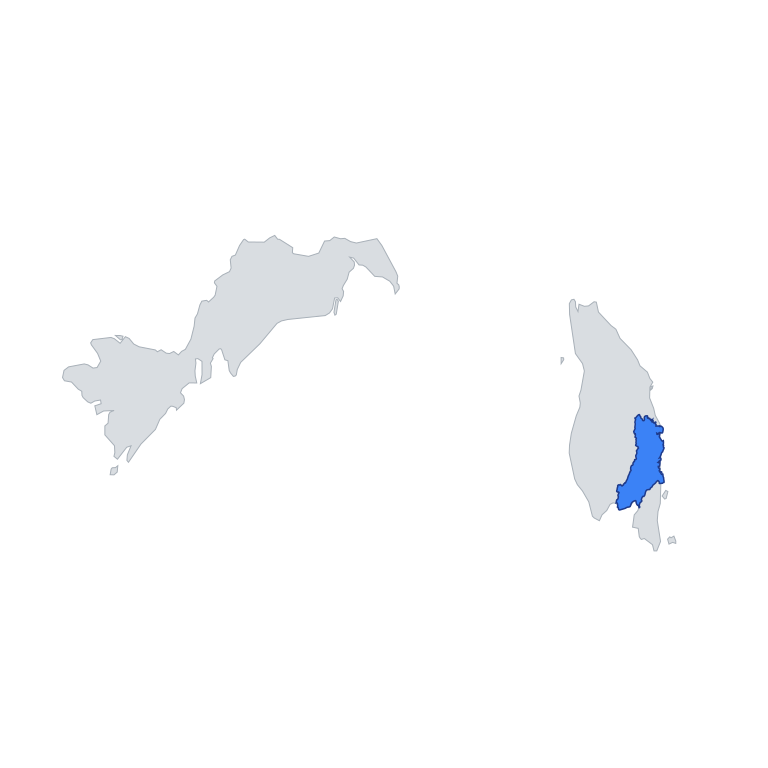 where Perak sits in Malaysia, rotated 191°
{"feature_id": "MYS-1137", "entity_name": "Perak", "entity_type": "State", "adm_level": 1, "iso_a3": "MYS", "parent_name": "Malaysia", "parent_adm1": "", "projection": "equal_earth", "projection_center": [101.191, 4.79], "detail": "fine", "context": "in_parent", "style": "filled", "palette": "blue", "viewbox_px": 768, "rotation_deg": 191, "n_neighbors": 0, "source": "natural_earth", "source_scale": "10m", "svg_char_len": 9420}
<svg xmlns="http://www.w3.org/2000/svg" viewBox="0 0 768 768"><g transform="rotate(191 384 384)"><path d="M646.9,381.1L642.9,380.1L637.3,375.5L631.5,373.8L615.0,373.8L612.6,372.4L609.3,375.1L603.6,372.7L600.3,373.0L596.6,375.8L591.4,373.3L588.9,377.4L585.6,380.1L582.1,391.2L581.4,404.5L582.1,412.7L580.5,417.2L579.8,426.5L578.6,430.6L574.0,432.3L571.9,431.0L567.7,436.7L566.7,439.0L566.6,448.0L569.8,451.0L569.8,452.9L563.0,460.4L557.1,464.8L556.2,468.6L558.6,476.6L557.6,480.3L554.5,482.2L552.2,492.4L549.4,498.9L548.4,499.6L544.3,497.5L528.6,500.4L524.0,505.7L519.6,509.0L516.0,505.8L514.2,506.1L499.6,500.4L499.0,495.4L497.5,494.6L482.4,494.9L473.0,500.1L469.6,513.0L464.6,514.4L460.9,518.8L454.3,518.3L450.3,519.5L444.0,517.4L438.0,517.1L418.7,525.3L412.5,519.5L393.7,496.5L391.1,492.5L390.5,485.4L388.4,484.1L387.6,482.3L387.3,480.2L390.2,474.5L393.2,481.9L397.9,486.0L405.9,488.8L413.6,487.9L424.1,495.4L427.6,496.6L431.2,496.1L437.8,501.8L441.9,502.0L436.5,498.1L435.6,495.0L436.1,491.7L439.6,487.1L440.1,479.9L442.7,472.9L443.3,469.6L441.3,467.1L440.9,462.7L442.4,456.7L445.9,459.8L448.9,459.0L448.9,448.0L451.1,443.3L454.7,440.0L490.7,429.0L496.6,426.4L500.6,423.1L513.5,399.8L528.8,377.9L530.8,370.2L530.7,364.7L531.6,363.4L533.3,362.7L536.7,365.5L538.5,367.7L541.7,377.1L544.8,377.4L549.8,386.4L551.0,387.5L552.5,386.9L556.4,381.1L557.5,376.9L556.6,376.3L558.4,371.4L556.8,368.3L555.3,357.2L564.3,349.3L564.4,358.4L567.0,371.5L571.6,373.4L573.9,372.6L572.6,368.6L572.1,360.9L570.8,355.8L568.0,349.3L575.5,347.9L581.3,340.9L582.1,336.5L578.4,333.9L576.9,330.6L576.8,327.0L582.7,318.7L583.4,321.1L587.1,321.8L589.0,321.6L591.5,318.2L592.8,313.4L597.3,306.6L599.7,295.8L611.1,278.7L619.9,258.4L621.8,260.0L622.4,265.5L620.5,275.1L624.5,272.8L631.3,259.3L635.3,261.5L635.1,265.2L636.8,272.0L648.3,280.8L650.0,289.6L647.4,292.9L648.4,301.4L647.6,304.0L643.9,306.5L654.1,304.0L660.0,299.1L663.7,307.4L657.9,310.7L659.2,314.2L664.7,312.1L668.1,309.2L671.4,309.9L676.7,313.2L678.3,315.2L679.3,319.2L683.2,320.6L691.1,326.3L698.3,326.2L700.8,329.0L700.7,336.3L696.9,340.6L682.1,346.5L678.2,346.3L672.7,344.1L668.8,345.4L666.4,352.4L671.0,359.4L678.7,366.6L679.8,368.4L678.3,372.0L660.9,377.6L657.3,377.0L650.8,373.6L646.9,381.1ZM82.5,282.2L84.4,272.2L87.1,271.7L89.8,277.5L99.0,282.0L101.7,280.5L103.0,281.4L104.3,282.9L106.9,290.8L112.7,290.9L113.4,303.3L110.7,308.1L110.3,311.4L114.6,317.2L117.1,315.8L119.2,310.6L128.9,305.4L132.8,311.1L136.5,311.0L139.1,309.0L141.2,302.3L145.0,297.2L146.5,290.9L152.1,292.6L154.2,294.0L160.5,307.4L168.8,316.9L175.0,322.1L178.7,327.2L189.0,351.5L190.2,359.3L190.7,371.4L189.2,389.5L187.3,398.6L187.7,402.8L190.3,409.4L189.5,415.6L189.8,435.0L193.0,441.9L201.9,450.4L215.1,487.8L217.4,498.3L216.1,502.3L213.7,503.4L211.8,501.3L210.5,496.2L207.4,492.1L207.8,499.5L202.1,498.5L198.1,499.7L193.5,504.8L191.2,504.9L187.2,495.5L172.3,484.7L166.8,482.0L161.0,473.8L148.0,464.8L139.7,456.1L136.2,450.7L127.7,445.9L124.1,440.2L120.5,437.1L122.4,431.6L120.6,421.0L114.6,411.5L111.7,404.9L106.1,398.2L101.7,390.0L104.3,387.5L100.0,378.7L98.5,372.2L98.5,360.1L93.9,343.0L90.0,319.4L90.7,311.1L89.7,302.1L82.5,282.2ZM631.6,250.7L629.7,253.0L629.1,246.6L631.7,243.3L635.5,242.7L635.6,248.4L634.8,249.9L631.6,250.7ZM73.7,281.2L76.0,285.8L74.3,288.5L72.9,287.8L70.4,290.0L67.6,285.5L67.2,283.2L70.5,283.6L73.7,281.2ZM447.2,457.6L446.2,458.1L444.6,456.6L444.2,443.4L445.3,442.2L446.8,444.8L447.2,457.6ZM89.6,327.1L87.1,333.3L84.8,332.6L85.2,325.5L86.5,324.6L89.6,327.1ZM656.9,380.4L652.4,381.2L649.3,381.1L649.7,377.6L651.2,377.1L656.9,380.4ZM215.2,443.8L212.7,443.9L212.2,442.2L214.0,437.7L215.2,443.8ZM121.2,432.6L119.6,433.4L119.8,430.7L121.0,429.1L121.2,432.6Z" fill="#d9dde1" stroke="#a8b0b8" stroke-width="1"/><path d="M110.0,311.3L110.3,311.8L110.7,312.9L110.9,313.2L111.2,313.4L111.8,313.3L112.1,313.4L112.9,314.1L113.5,315.0L114.0,316.1L114.3,317.2L114.9,317.5L115.8,317.2L117.3,315.9L117.8,315.3L118.2,314.5L118.5,313.6L118.6,312.7L119.0,310.7L120.0,310.0L121.2,309.7L122.5,308.9L123.6,307.9L128.2,305.5L128.9,305.3L129.6,305.5L130.1,306.4L130.3,306.9L130.5,307.3L130.7,307.5L131.1,307.6L131.4,307.7L131.4,308.1L131.3,308.5L131.3,308.9L131.9,310.9L132.4,311.6L133.1,311.8L133.5,311.6L133.5,311.8L133.5,314.1L133.4,314.7L132.9,315.1L132.7,315.5L132.5,315.8L132.4,316.3L132.4,317.2L132.4,317.8L132.5,318.3L132.9,318.7L133.0,318.9L133.1,319.6L133.1,320.1L132.8,321.2L132.6,322.0L132.6,322.4L132.7,322.5L133.2,322.5L133.6,322.8L134.2,322.5L134.5,322.7L134.9,322.8L135.0,322.9L135.2,323.3L135.2,323.6L135.2,324.0L135.1,324.7L135.0,325.1L135.2,326.2L135.1,326.8L135.0,328.1L135.2,328.7L135.1,328.9L135.1,329.2L135.0,329.3L134.4,329.8L134.2,329.9L133.8,329.8L133.5,329.8L133.2,329.9L132.9,330.4L132.1,330.0L131.5,329.9L131.1,329.4L130.9,329.3L130.4,329.9L129.8,330.5L129.7,330.7L129.8,331.2L129.7,331.4L129.6,331.6L128.9,332.4L128.7,333.0L128.1,333.0L127.9,333.9L127.7,334.6L127.6,335.4L127.0,336.9L126.9,338.3L126.8,338.6L126.8,339.5L126.6,340.2L126.6,340.8L126.5,341.1L126.1,342.2L126.0,343.6L125.7,344.3L125.7,345.2L125.5,345.5L125.0,346.1L125.2,346.8L125.6,347.3L125.7,347.5L125.9,349.3L125.8,349.8L125.5,351.1L125.4,351.3L124.6,351.6L124.2,352.3L124.2,352.6L124.4,353.3L124.5,353.7L124.5,354.0L124.4,354.1L124.2,354.6L124.0,355.3L123.9,355.4L123.6,355.5L123.4,355.7L123.4,355.8L123.5,356.8L123.5,357.3L123.5,357.6L123.4,357.7L122.9,357.7L122.4,358.0L122.0,358.8L122.6,360.0L122.9,360.6L123.2,361.8L122.7,363.5L122.6,364.2L122.9,365.5L123.3,366.1L123.4,366.5L123.4,366.9L123.1,367.2L122.6,368.6L122.3,369.1L122.0,369.7L122.4,370.1L122.7,370.8L122.9,371.0L123.0,371.0L123.2,370.9L124.7,371.5L125.1,371.6L125.3,371.9L125.3,372.3L124.9,373.5L125.0,373.7L125.4,374.2L125.5,374.6L125.6,376.4L125.8,376.9L126.0,377.3L126.1,377.5L126.0,378.2L125.9,378.7L126.0,378.9L126.0,379.0L126.4,379.3L126.9,379.5L127.5,379.8L127.5,380.0L127.4,380.2L127.4,381.0L127.5,382.2L127.8,383.0L128.3,382.7L128.7,383.1L129.0,383.5L129.8,384.9L129.1,387.6L129.0,388.3L129.1,388.5L129.4,389.0L129.5,389.4L129.7,392.6L129.9,393.3L130.2,393.9L130.4,394.3L130.4,395.1L130.3,396.9L130.3,397.3L130.4,397.5L130.6,397.6L130.9,397.8L131.2,398.4L130.6,398.7L130.4,399.0L129.2,401.2L128.5,402.1L128.2,402.4L127.8,402.6L127.6,402.7L127.3,402.6L127.0,401.8L126.5,401.5L126.3,401.2L125.8,400.9L125.6,400.2L125.2,399.5L125.0,399.4L124.4,399.2L124.2,399.1L123.6,398.6L123.5,398.3L123.4,398.0L123.2,397.7L122.9,397.5L122.6,397.5L122.2,397.5L121.8,397.7L121.7,397.9L121.5,398.6L121.5,398.8L121.8,399.3L122.1,400.7L122.1,401.4L121.8,402.0L121.1,402.6L120.8,402.7L120.0,402.9L119.5,403.0L119.2,402.8L119.1,402.5L118.9,401.9L119.0,401.1L118.7,400.8L118.0,401.2L117.9,401.2L117.4,400.6L116.9,400.8L116.7,400.9L116.3,400.3L116.1,400.0L115.9,400.0L115.8,400.3L115.6,400.3L115.5,400.0L115.5,399.8L115.5,399.6L115.2,399.3L114.9,399.8L114.4,400.1L114.0,400.0L113.8,400.0L113.6,400.3L113.6,399.8L113.6,399.5L113.6,399.4L113.8,399.4L114.1,399.5L114.3,399.4L114.3,399.2L114.0,398.9L113.9,398.2L113.7,398.3L113.5,398.6L113.2,398.9L113.1,399.2L113.0,399.3L112.9,399.3L112.8,398.5L112.9,398.0L112.8,397.8L112.6,397.8L112.3,397.9L112.0,397.9L111.9,397.8L111.7,397.3L111.6,397.2L111.4,397.2L111.2,397.4L110.8,397.5L110.7,397.5L110.5,398.2L110.4,398.4L110.1,398.5L109.9,398.4L109.8,398.1L109.8,397.8L110.1,396.9L109.9,396.5L109.1,395.9L109.1,395.5L109.1,394.9L109.1,394.6L108.6,394.6L107.7,394.9L106.5,395.1L105.8,395.4L105.9,395.0L105.5,394.8L104.8,395.0L104.5,395.1L104.3,395.3L104.0,395.5L103.2,395.2L102.3,394.6L101.9,394.3L101.5,393.6L101.3,392.9L101.2,392.1L101.2,389.9L101.4,389.2L101.8,388.9L103.9,389.0L104.5,388.9L105.0,388.0L105.6,387.7L106.2,387.5L106.8,387.7L106.4,386.7L105.7,386.8L104.9,387.4L104.5,387.7L103.7,387.6L103.6,386.9L103.7,385.9L103.7,384.7L103.3,384.2L101.7,382.6L101.1,381.9L100.5,381.3L99.8,381.1L99.0,381.7L98.7,380.8L98.4,379.4L98.3,378.1L98.5,377.5L98.0,377.3L97.8,376.8L97.8,376.1L97.7,375.4L97.3,374.9L97.0,374.9L96.9,374.6L97.0,373.6L97.3,372.5L97.4,371.9L97.5,371.1L97.6,370.5L98.2,369.9L98.4,369.3L98.5,368.1L99.0,365.3L99.5,364.1L99.0,364.4L98.4,364.2L97.9,363.6L97.7,362.8L97.8,361.9L98.1,361.1L98.5,360.7L99.0,361.1L99.3,360.5L99.5,360.0L99.8,359.6L100.1,359.3L99.4,359.1L98.6,359.5L98.1,359.5L97.9,358.3L97.8,356.1L98.1,355.6L99.0,355.5L99.0,355.2L98.4,354.9L98.6,354.2L97.9,353.7L97.6,353.6L97.4,353.8L97.2,353.7L97.0,353.1L97.0,352.5L97.3,351.7L97.3,351.3L97.1,351.1L96.8,351.1L96.5,351.0L96.4,350.4L96.0,350.6L95.7,350.7L94.9,350.7L94.6,350.5L94.7,350.1L95.1,349.8L95.3,349.8L95.2,349.2L94.9,348.9L94.5,348.4L94.2,348.2L93.8,348.3L93.5,348.6L93.3,348.9L92.9,348.3L92.4,346.5L91.6,345.3L91.4,344.4L90.9,342.9L90.6,342.3L90.4,341.3L90.4,340.9L90.5,340.9L90.8,340.8L91.7,339.7L94.1,339.0L94.5,338.9L94.9,339.1L95.1,340.3L95.3,340.6L95.8,340.9L96.4,341.4L96.6,341.4L96.8,341.4L97.1,341.3L97.6,340.4L98.1,339.8L98.5,338.7L100.8,335.9L100.9,335.6L101.1,334.8L101.3,334.1L101.6,333.8L102.5,332.8L102.6,332.6L102.7,332.0L103.0,331.2L103.3,331.0L104.4,330.8L105.5,330.3L105.7,330.2L106.2,329.5L106.5,328.8L106.7,327.5L106.7,326.4L106.8,324.7L107.0,324.1L107.5,323.2L107.9,323.3L108.3,323.2L108.7,322.6L108.9,322.2L109.1,321.5L109.2,321.0L109.3,319.5L109.2,319.2L108.8,318.9L108.7,318.8L108.6,318.3L108.7,317.9L109.0,317.6L109.2,317.2L109.4,316.9L109.8,316.6L110.0,316.3L110.4,313.5L110.3,313.3L109.9,312.9L109.6,312.4L109.5,311.6L109.6,311.4L110.0,311.3Z" fill="#3b82f6" stroke="#1e3a8a" stroke-width="1.5"/></g></svg>